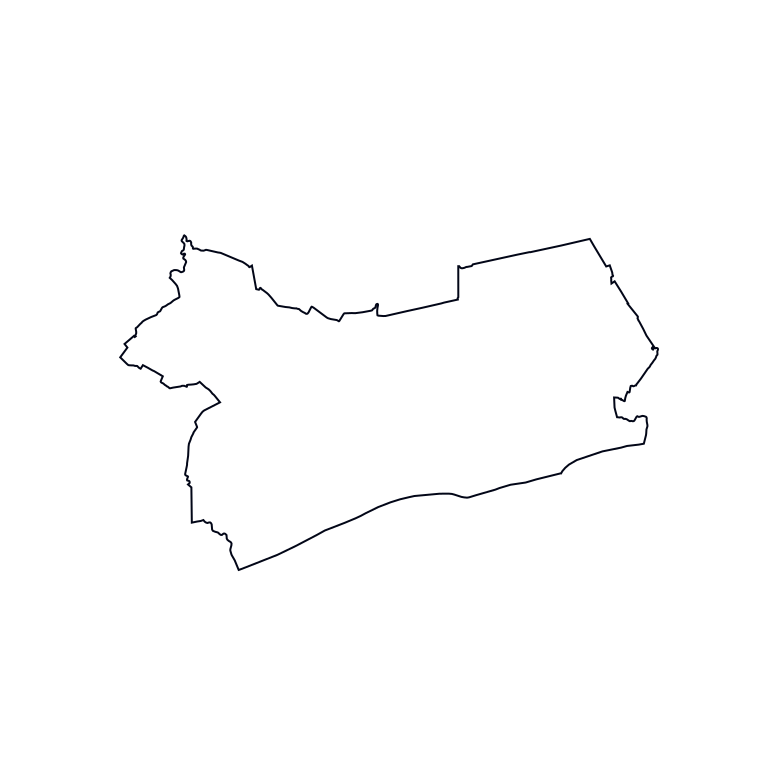 O Mon, Can Tho, Vietnam, rotated 124°
{"feature_id": "81297802B2084996388105", "entity_name": "O Mon", "entity_type": "district", "adm_level": 2, "iso_a3": "VNM", "parent_name": "Vietnam", "parent_adm1": "Can Tho", "projection": "mercator", "projection_center": [105.627, 10.124], "detail": "fine", "context": "isolated", "style": "outline", "palette": "ink", "viewbox_px": 768, "rotation_deg": 124, "n_neighbors": 0, "source": "geoboundaries", "source_scale": "gbopen_adm2", "svg_char_len": 6154}
<svg xmlns="http://www.w3.org/2000/svg" viewBox="0 0 768 768"><g transform="rotate(124 384 384)"><path d="M538.5,351.1L521.0,338.9L510.8,332.2L506.3,329.5L501.5,327.0L489.3,320.0L478.4,312.4L470.5,306.1L464.0,300.1L459.9,296.2L443.9,276.6L438.7,269.0L437.2,266.3L436.4,264.0L434.3,256.7L433.2,254.2L431.8,251.6L430.4,250.1L424.7,245.5L409.3,232.6L405.7,230.1L396.7,222.7L386.5,211.5L377.9,204.4L359.2,187.5L359.1,187.2L356.5,187.4L352.2,186.9L347.4,185.6L339.3,181.7L317.7,165.2L304.2,151.9L299.5,147.9L291.8,138.9L288.2,135.2L279.9,138.2L278.3,139.0L274.9,141.0L271.9,141.9L270.8,142.6L268.5,144.9L266.9,146.2L265.4,147.1L264.8,147.9L264.7,148.5L265.1,150.1L265.4,150.9L266.0,152.0L268.4,153.9L268.9,154.7L269.1,156.0L269.3,156.1L270.1,156.3L273.7,156.0L274.4,156.0L275.0,156.2L275.7,156.8L276.2,158.1L276.5,158.6L277.3,159.3L277.4,159.7L277.5,160.7L277.5,163.1L278.0,164.6L278.7,165.4L278.8,165.8L278.8,166.4L278.6,167.4L278.6,168.0L279.0,168.9L280.0,169.9L280.1,170.2L281.2,172.2L276.7,177.4L274.6,179.7L266.5,185.7L264.7,182.7L264.5,182.2L264.6,180.3L264.4,179.8L263.7,179.4L263.7,179.2L264.5,178.4L264.0,177.6L264.0,176.1L263.9,175.3L263.7,175.0L263.4,174.9L260.8,176.1L258.4,176.9L254.4,177.7L254.0,176.1L253.8,176.0L253.3,175.9L249.3,177.8L247.7,178.3L246.7,177.4L246.5,176.1L246.0,175.6L244.6,174.8L244.2,174.2L243.1,174.5L242.5,174.4L235.9,174.0L225.3,173.9L223.9,173.9L221.6,173.4L220.7,173.4L219.0,173.6L216.4,173.4L213.5,173.4L211.5,173.2L210.0,173.4L208.2,173.9L206.8,173.7L206.3,174.0L204.1,175.7L202.3,176.1L201.7,176.5L201.4,177.2L201.5,177.7L201.7,178.1L202.0,178.6L202.8,179.1L203.2,180.0L203.5,180.3L203.9,180.5L205.0,180.2L205.1,180.4L205.0,181.2L204.7,181.8L204.3,182.0L202.8,181.9L202.1,181.1L197.1,193.5L193.4,199.9L189.3,207.7L189.1,208.5L188.8,209.0L188.3,209.4L188.0,210.3L187.7,210.6L186.4,211.0L186.1,211.4L181.3,226.9L180.7,226.6L174.8,239.1L169.9,250.2L173.5,251.6L170.8,253.8L170.1,254.1L168.9,255.2L168.4,255.3L167.7,255.2L167.0,254.6L166.5,254.5L166.2,254.6L165.5,255.8L164.1,257.0L163.3,258.0L159.4,263.2L162.3,265.5L152.3,286.9L148.6,294.5L170.1,314.5L193.0,336.5L193.3,337.1L202.3,345.9L235.1,377.2L237.2,377.3L240.6,380.7L240.9,381.2L242.7,382.3L244.0,383.5L244.6,384.3L244.9,385.5L244.3,387.6L244.8,388.3L270.1,371.2L270.6,370.9L271.8,370.9L272.7,370.0L282.9,379.7L285.2,381.6L299.2,394.7L310.5,405.5L326.7,420.7L328.0,422.5L330.5,426.9L330.7,427.8L329.6,428.8L327.3,430.5L324.5,432.0L322.3,432.9L321.4,433.5L321.2,434.1L321.6,434.6L322.3,434.9L323.1,434.8L324.7,434.2L325.6,434.0L326.4,434.2L327.1,434.7L327.8,435.0L329.6,435.1L330.5,435.8L336.5,441.9L341.4,447.5L343.3,450.5L347.6,456.4L348.6,456.6L356.8,456.3L357.2,456.5L357.4,458.9L359.9,464.4L360.8,467.3L360.9,468.7L360.1,484.9L360.2,486.6L360.4,487.2L361.1,487.3L366.9,486.6L368.5,486.8L369.1,487.4L369.4,488.0L369.4,489.4L369.7,491.5L369.8,493.7L369.4,496.4L370.1,497.9L370.3,499.0L371.0,499.9L372.4,502.6L373.4,505.3L375.2,508.6L378.4,515.7L378.4,516.3L375.5,525.6L374.4,529.8L374.1,531.7L373.8,537.0L373.9,538.0L373.4,539.8L373.5,540.3L374.0,540.5L375.4,540.2L375.8,540.4L376.8,543.0L359.7,559.7L362.2,560.7L362.4,561.0L362.3,561.6L361.9,562.4L361.9,564.1L361.8,566.1L361.9,569.6L362.8,573.3L366.6,592.6L367.1,593.8L367.8,595.2L371.7,605.3L372.3,606.6L373.7,607.6L374.4,608.2L375.6,610.2L375.8,610.8L375.8,611.9L376.3,614.7L377.5,616.5L378.5,617.6L378.6,617.9L378.5,618.2L377.4,619.0L377.1,619.6L376.9,620.9L376.4,621.6L375.6,622.3L374.6,622.9L374.0,623.8L373.8,624.4L373.9,625.2L375.7,626.9L375.8,627.4L375.8,627.8L374.5,628.5L373.2,629.8L372.7,630.6L372.5,631.5L372.5,632.7L373.2,632.8L374.8,632.3L377.9,632.2L378.4,631.9L378.7,631.3L379.2,628.6L379.6,627.7L381.0,626.7L382.0,626.4L384.4,625.2L385.1,625.1L385.7,625.3L386.6,625.8L387.2,625.8L389.0,625.5L389.3,625.0L389.4,624.0L389.3,623.4L387.7,622.6L387.4,622.0L387.6,621.5L387.9,621.3L390.4,621.3L391.7,621.0L392.2,620.5L392.3,618.1L392.9,616.8L393.6,616.2L399.2,615.1L401.2,613.4L402.0,613.1L403.1,613.4L404.5,614.4L404.9,615.0L405.0,618.0L405.4,619.3L406.2,620.7L406.9,621.7L409.5,623.3L410.7,623.3L411.8,622.9L412.7,621.9L413.5,621.4L414.3,621.1L415.8,621.0L416.3,617.8L417.6,612.7L418.4,610.4L420.1,608.1L421.8,606.4L424.9,603.3L426.1,602.3L426.5,602.2L427.8,602.7L430.6,604.3L432.4,605.2L436.3,606.3L438.8,607.7L440.8,608.4L442.0,609.0L444.2,610.5L445.2,610.6L448.6,610.3L449.3,610.5L450.1,611.1L451.2,611.6L453.0,611.2L454.1,611.3L458.7,614.5L463.9,617.6L466.0,618.6L467.4,619.1L468.7,619.2L470.7,619.7L475.0,620.4L476.1,620.9L476.6,621.0L477.0,620.8L479.3,618.6L480.5,617.8L481.6,617.5L482.6,617.4L483.1,617.1L483.3,616.5L484.4,616.9L484.0,618.2L495.9,621.5L497.3,617.1L509.4,617.6L511.1,608.4L511.3,606.5L510.6,605.1L508.6,601.9L508.4,601.0L508.0,600.1L507.3,599.1L507.1,598.6L507.5,596.6L507.6,595.6L507.4,594.3L503.2,594.4L502.6,588.9L502.2,583.4L501.9,582.0L501.3,571.7L505.9,570.8L506.9,570.5L507.2,569.9L507.3,569.3L507.0,567.1L507.3,565.2L507.2,563.9L507.4,562.8L507.2,562.3L507.2,561.0L507.4,559.5L507.2,559.0L504.8,556.7L499.8,551.3L498.4,550.4L497.2,548.6L496.6,546.0L496.2,546.0L495.1,546.7L494.5,546.3L493.7,545.4L492.6,543.9L490.8,541.7L488.7,539.5L486.5,538.5L485.3,538.0L486.6,529.9L486.5,526.4L486.9,524.1L488.0,520.7L488.1,519.1L488.5,517.5L490.9,509.7L506.5,518.3L508.4,518.9L510.6,519.1L521.1,519.4L524.1,515.0L524.5,514.7L530.8,514.8L531.4,514.5L535.8,514.0L538.4,513.2L542.6,512.3L545.2,511.0L553.1,506.2L559.9,502.9L561.1,502.1L563.2,501.2L569.9,498.5L570.3,498.1L570.6,497.5L570.3,494.9L570.5,494.6L572.1,494.3L573.1,494.0L573.7,493.7L574.0,493.2L573.4,491.5L573.5,490.9L574.0,490.2L574.8,489.8L576.9,490.3L577.4,485.9L606.4,465.8L602.5,462.0L600.1,459.4L597.8,457.7L598.4,455.6L598.4,454.1L598.0,452.7L596.6,451.6L596.0,450.8L596.0,449.9L596.7,448.4L600.8,445.1L601.4,443.7L600.9,441.3L600.2,439.3L600.0,438.3L600.4,436.3L600.3,434.8L599.8,434.0L597.8,433.4L597.2,432.7L597.0,431.8L597.3,430.1L600.1,427.9L600.7,426.7L600.9,425.0L600.8,423.5L600.9,422.2L601.5,421.2L603.1,420.3L606.9,419.0L608.0,418.3L610.6,415.2L611.1,414.4L613.7,409.1L619.4,400.5L616.9,398.6L585.2,376.8L567.5,366.5L546.4,355.1L538.5,351.1Z" fill="none" stroke="#020617" stroke-width="2"/></g></svg>